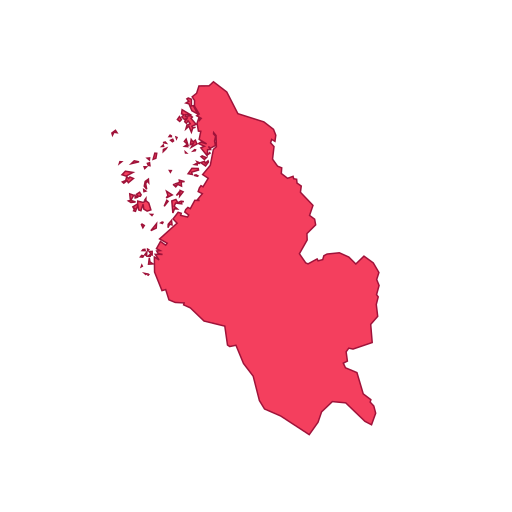 outline of Cam Pha, Quảng Ninh, Vietnam, rotated 122°
{"feature_id": "81297802B71504358310710", "entity_name": "Cam Pha", "entity_type": "district", "adm_level": 2, "iso_a3": "VNM", "parent_name": "Vietnam", "parent_adm1": "Quảng Ninh", "projection": "natural_earth1", "projection_center": [107.265, 21.066], "detail": "fine", "context": "isolated", "style": "filled", "palette": "rose", "viewbox_px": 512, "rotation_deg": 122, "n_neighbors": 0, "source": "geoboundaries", "source_scale": "gbopen_adm2", "svg_char_len": 6225}
<svg xmlns="http://www.w3.org/2000/svg" viewBox="0 0 512 512"><g transform="rotate(122 256 256)"><path d="M198.9,164.4L209.9,167.1L207.7,176.7L209.1,187.0L216.7,196.8L219.8,198.6L223.7,197.5L227.2,200.8L226.1,202.6L235.1,207.7L235.5,210.2L231.1,220.4L215.3,221.1L210.0,224.7L198.0,221.9L193.7,225.8L193.2,232.1L182.9,234.5L178.4,252.1L172.7,254.7L172.4,259.9L169.4,262.2L170.5,265.0L168.8,266.8L173.4,270.4L172.6,278.3L167.6,280.9L168.4,285.3L165.1,293.3L153.7,298.7L152.3,303.6L148.8,304.5L148.7,300.7L143.1,303.2L139.3,308.3L138.1,320.4L144.9,346.8L132.4,367.7L130.8,384.4L136.6,386.0L142.0,394.5L149.5,392.6L154.8,394.5L156.7,390.5L161.5,387.6L165.7,379.4L168.5,380.6L168.3,375.4L170.8,375.8L168.6,377.8L174.7,376.3L180.6,371.0L179.5,368.9L187.2,366.0L187.1,357.3L188.7,363.1L191.1,364.3L190.3,357.9L193.5,360.1L196.8,350.7L191.5,353.4L189.8,351.0L188.4,354.4L188.5,351.6L183.8,349.0L180.5,352.1L175.8,353.7L175.0,356.7L173.8,357.3L175.0,353.7L184.3,347.5L188.2,348.6L203.4,342.8L215.2,344.4L215.4,337.7L225.4,337.6L225.5,339.9L228.2,340.1L232.0,339.2L231.6,334.5L239.2,335.5L238.9,333.3L241.2,337.4L250.7,336.8L250.9,339.5L253.9,340.2L256.5,339.7L256.9,334.8L259.2,334.7L261.5,341.4L259.4,342.0L260.2,345.2L268.5,346.0L270.0,340.3L292.6,346.8L292.2,338.1L294.7,338.3L294.3,344.7L302.5,344.3L302.2,340.1L304.4,342.9L305.7,340.4L304.2,336.1L308.0,342.3L310.7,336.1L310.7,341.7L323.4,333.5L335.2,317.4L332.3,314.8L339.3,306.6L338.2,299.9L333.9,292.1L335.8,291.5L334.8,284.2L338.7,265.6L332.0,245.3L346.6,233.0L346.7,230.3L342.3,225.7L353.8,209.6L359.4,194.7L376.8,176.5L381.2,167.7L378.6,150.3L379.3,116.2L364.1,115.3L353.4,117.8L339.0,114.1L333.0,102.1L338.5,76.0L337.9,68.6L325.9,71.2L320.8,76.6L319.4,81.8L317.0,82.4L316.1,92.0L301.4,108.6L303.4,120.9L300.6,125.2L296.7,122.8L289.5,128.8L285.0,128.5L283.5,124.4L267.8,111.6L253.2,122.5L242.7,120.8L233.4,128.3L225.9,130.7L224.9,133.3L215.8,136.0L212.0,141.2L204.9,143.0L199.7,152.9L198.9,164.4ZM181.1,377.4L178.8,375.5L180.9,377.5L180.0,379.1L176.1,376.6L173.7,384.0L171.9,383.6L171.7,386.0L175.2,389.8L173.4,390.6L170.9,386.9L171.1,396.2L174.9,394.5L174.4,392.0L177.4,392.6L178.2,388.8L174.6,387.3L179.9,387.6L180.4,385.3L177.4,385.3L178.7,381.8L181.6,383.9L185.4,382.8L181.5,381.7L185.2,376.4L181.1,377.4ZM275.6,372.1L272.6,369.6L267.9,375.0L267.4,378.6L270.4,380.1L272.1,385.4L274.5,384.0L279.6,386.5L280.7,384.5L279.2,384.0L282.5,383.8L282.0,381.9L275.5,383.1L279.1,379.9L278.6,377.6L271.9,379.2L275.7,376.0L275.6,372.1ZM166.8,387.4L166.5,381.0L161.7,388.8L163.0,390.3L157.3,393.8L157.9,397.2L159.4,397.9L160.4,395.0L163.4,396.5L162.5,393.5L166.8,387.4ZM249.4,347.9L248.1,346.0L249.2,348.6L252.2,350.6L250.5,353.9L253.9,356.6L263.6,349.3L259.2,350.1L257.8,347.6L257.2,351.8L253.7,352.2L251.1,346.6L249.4,347.9ZM261.5,403.1L255.2,401.0L255.8,404.8L257.8,405.1L257.2,407.7L261.0,406.5L264.0,408.6L264.3,406.7L260.3,405.3L261.5,403.1ZM198.1,368.5L192.3,365.5L189.9,368.8L192.6,369.9L191.5,372.7L196.4,370.7L193.7,368.8L198.1,368.5ZM257.1,408.5L250.3,404.6L253.3,411.7L258.1,412.7L257.1,408.5ZM219.1,355.1L213.6,350.3L212.4,351.4L215.6,356.8L222.2,357.2L220.6,353.2L219.1,355.1ZM232.8,358.7L230.8,356.0L232.3,361.3L234.2,359.8L237.0,362.3L236.2,356.2L232.8,358.7ZM256.0,387.8L257.3,384.1L253.1,387.9L250.0,387.9L250.7,385.9L247.8,388.0L251.5,389.5L256.0,387.8ZM290.2,358.6L285.2,355.4L281.2,357.5L290.2,358.6ZM270.2,396.0L274.1,393.0L274.1,391.7L269.3,391.9L270.2,396.0ZM206.4,346.5L201.5,346.1L200.7,347.1L204.2,348.2L203.0,349.8L206.1,352.4L206.4,346.5ZM245.8,352.4L240.2,351.8L240.6,355.1L245.8,352.4ZM274.9,346.1L274.1,343.7L270.5,346.5L275.6,347.3L278.6,345.6L274.9,346.1ZM254.3,362.9L248.6,359.4L248.5,366.2L251.4,362.7L254.3,362.9ZM262.5,360.2L256.2,359.5L256.0,361.2L262.5,360.2ZM314.1,345.5L319.9,342.8L317.3,339.2L317.2,342.8L314.1,345.5ZM226.3,442.0L225.1,439.2L223.9,441.8L228.1,443.4L229.6,441.7L226.3,442.0ZM243.8,410.7L238.1,405.1L239.8,409.7L243.8,410.7ZM267.9,387.9L266.7,385.8L265.0,385.8L263.6,388.5L267.1,390.1L267.9,387.9ZM308.8,349.0L310.4,345.2L310.2,344.6L307.1,346.5L308.8,349.0ZM228.5,394.5L226.2,392.7L221.5,394.6L222.4,396.3L228.5,394.5ZM198.9,350.2L199.6,354.7L200.9,355.3L201.5,350.9L198.9,350.2ZM196.8,377.5L197.7,372.8L193.9,377.2L196.8,377.5ZM276.9,393.4L276.9,390.4L274.0,386.8L275.2,392.0L276.9,393.4ZM182.3,392.0L179.8,391.5L178.3,394.8L181.9,395.0L182.3,392.0ZM310.5,350.7L313.7,351.0L313.8,348.9L310.5,350.7ZM235.0,397.2L236.2,395.4L235.6,393.8L233.3,395.7L235.0,397.2ZM292.0,366.9L289.3,366.9L289.3,369.6L290.1,369.8L292.0,366.9ZM203.1,389.8L203.4,387.4L202.1,386.9L201.1,388.5L203.1,389.8ZM216.6,390.0L213.0,389.1L212.0,389.1L214.7,391.0L216.6,390.0ZM259.2,386.4L260.8,385.1L259.3,383.8L259.2,386.4ZM246.8,355.6L244.0,354.4L242.5,355.1L246.8,355.6ZM198.6,373.8L200.9,374.7L199.6,372.1L198.6,373.8ZM239.2,364.3L239.9,360.7L238.3,360.5L239.2,364.3ZM318.0,353.5L317.0,351.4L315.4,351.4L316.1,353.3L318.0,353.5ZM240.8,396.7L238.4,396.1L239.6,398.2L240.8,396.7ZM268.9,390.5L270.8,389.2L269.2,387.8L268.9,390.5ZM311.7,355.4L310.2,352.8L309.2,353.8L310.4,355.2L311.7,355.4ZM209.1,394.9L207.9,391.8L207.4,393.4L209.1,394.9ZM230.7,400.1L231.1,397.3L229.2,398.2L230.7,400.1ZM313.5,347.5L312.3,345.5L311.0,345.9L311.3,346.8L313.5,347.5ZM265.5,379.9L267.5,380.0L267.2,378.9L265.5,379.9ZM220.4,351.3L219.4,347.9L218.8,347.7L218.9,349.8L220.4,351.3ZM248.1,421.4L250.1,420.9L247.3,419.9L248.1,421.4ZM211.0,393.5L213.1,394.0L212.0,392.4L211.0,393.5ZM200.8,393.0L199.6,391.0L199.0,391.4L199.0,392.9L200.8,393.0ZM278.4,354.3L278.0,352.6L276.7,352.7L276.9,353.6L278.4,354.3ZM200.3,364.9L198.9,363.3L198.0,363.5L198.3,364.4L200.3,364.9ZM211.0,356.6L209.9,354.1L208.2,355.0L211.0,356.6ZM205.2,371.1L206.0,370.4L205.5,369.5L205.2,371.1ZM230.3,373.0L228.5,373.1L229.4,374.7L230.3,373.0ZM193.0,350.4L194.7,350.2L193.1,349.5L193.0,350.4ZM197.5,386.9L198.6,385.6L197.3,385.8L197.5,386.9ZM324.3,348.0L326.0,347.6L324.9,347.0L324.3,348.0ZM307.6,351.6L308.8,350.8L307.5,350.4L307.6,351.6ZM207.3,356.0L208.1,354.2L207.5,353.1L206.9,353.7L207.3,356.0ZM276.5,367.4L276.8,365.7L275.5,365.6L276.5,367.4ZM328.5,337.8L330.0,337.4L328.5,337.1L328.5,337.8ZM329.8,341.4L330.1,339.7L329.0,339.2L329.8,341.4Z" fill="#f43f5e" stroke="#9f1239" stroke-width="1.5"/></g></svg>